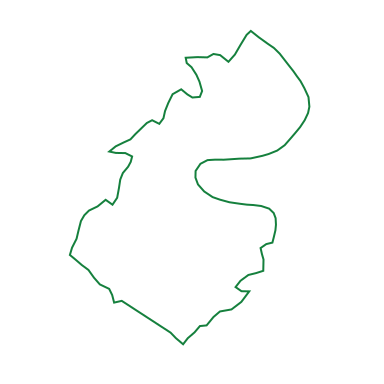 outline of Pinheirinho do Vale, Rio Grande do Sul, Brazil, rotated 80°
{"feature_id": "56859067B54224488065456", "entity_name": "Pinheirinho do Vale", "entity_type": "district", "adm_level": 2, "iso_a3": "BRA", "parent_name": "Brazil", "parent_adm1": "Rio Grande do Sul", "projection": "robinson", "projection_center": [-53.643, -27.223], "detail": "fine", "context": "isolated", "style": "outline", "palette": "green", "viewbox_px": 384, "rotation_deg": 80, "n_neighbors": 0, "source": "geoboundaries", "source_scale": "gbopen_adm2", "svg_char_len": 1656}
<svg xmlns="http://www.w3.org/2000/svg" viewBox="0 0 384 384"><g transform="rotate(80 192 192)"><path d="M43.6,106.1L46.7,110.9L55.8,118.9L64.1,125.9L70.1,133.5L62.1,140.5L59.8,146.9L62.1,153.5L60.1,163.3L58.7,174.9L64.1,174.8L69.0,170.8L77.4,167.3L84.6,165.5L94.3,164.5L99.7,167.8L99.0,175.2L95.1,179.6L89.0,184.8L92.3,194.1L100.2,199.9L107.6,204.5L114.4,207.3L119.2,212.4L114.4,218.8L116.2,224.5L120.4,230.7L125.2,237.8L129.5,243.5L131.3,250.5L133.8,259.2L137.8,266.4L140.3,260.2L142.1,250.9L146.6,244.8L151.7,247.1L156.0,250.5L161.3,256.8L167.3,260.5L175.3,263.2L184.7,266.7L190.7,272.5L184.7,278.4L189.8,287.5L192.4,296.7L196.2,302.1L201.3,306.4L210.1,310.4L218.0,313.8L226.0,319.8L232.8,323.2L238.3,318.5L244.8,313.2L250.8,307.5L259.4,303.4L267.0,298.8L273.0,290.4L279.6,288.5L287.4,287.9L287.0,280.1L326.8,237.5L333.2,233.2L340.4,227.2L335.2,221.5L330.7,213.9L325.4,207.5L325.9,200.8L318.8,192.5L314.5,185.2L314.5,173.5L308.8,162.5L299.8,152.9L298.3,160.5L293.2,165.6L287.8,159.6L283.5,150.9L283.0,143.1L282.0,135.5L270.9,133.3L265.3,133.9L259.1,134.2L256.2,127.9L255.8,121.6L250.5,119.2L244.2,116.5L238.8,115.0L232.3,114.2L226.9,115.2L221.8,118.9L217.8,126.3L215.5,133.8L214.0,140.1L211.8,147.2L208.6,156.9L204.4,165.8L200.6,172.6L193.6,179.9L185.6,184.8L178.4,186.1L171.9,184.8L165.7,178.8L163.3,171.2L164.2,163.3L165.7,155.2L166.4,148.8L167.4,139.5L169.1,128.5L168.6,116.3L167.9,109.9L166.0,100.9L162.0,92.6L156.6,85.9L152.0,80.3L146.9,74.3L140.9,68.6L134.4,64.0L128.4,61.6L118.8,60.8L109.3,63.3L101.6,65.9L96.2,68.6L90.6,71.2L83.5,75.0L71.0,81.6L64.4,86.3L58.9,91.9L51.3,99.3L43.6,106.1Z" fill="none" stroke="#15803d" stroke-width="2"/></g></svg>